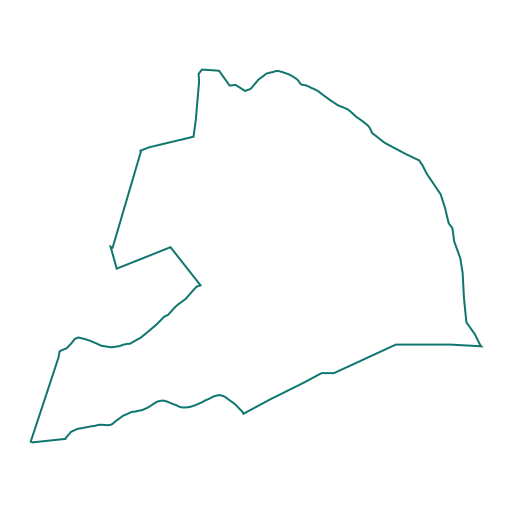 La Pansee, Castries, Saint Lucia (Equal Earth projection)
{"feature_id": "8701671B22615930928090", "entity_name": "La Pansee", "entity_type": "district", "adm_level": 2, "iso_a3": "LCA", "parent_name": "Saint Lucia", "parent_adm1": "Castries", "projection": "equal_earth", "projection_center": [-60.983, 14.014], "detail": "fine", "context": "isolated", "style": "outline", "palette": "teal", "viewbox_px": 512, "rotation_deg": 0, "n_neighbors": 0, "source": "geoboundaries", "source_scale": "gbopen_adm2", "svg_char_len": 2462}
<svg xmlns="http://www.w3.org/2000/svg" viewBox="0 0 512 512"><path d="M481.3,346.3L480.4,345.4L474.8,334.2L466.4,322.3L464.0,298.4L462.6,272.7L460.3,258.3L454.2,241.4L452.4,228.2L448.7,223.2L444.9,207.5L440.7,194.4L426.7,173.7L422.6,165.5L419.3,160.5L406.1,154.2L384.6,142.8L371.9,132.8L371.6,131.6L371.1,130.6L370.4,129.1L369.8,128.1L369.0,126.8L367.6,125.3L365.8,123.8L363.8,122.2L362.2,121.0L360.6,119.8L358.8,118.5L356.6,117.1L355.2,115.9L353.5,114.2L351.6,112.5L349.7,110.9L347.4,109.2L344.6,108.0L341.0,106.5L338.3,105.5L334.9,103.3L333.5,102.3L331.9,101.3L330.1,100.1L328.5,98.9L326.5,97.4L324.7,96.2L323.5,95.3L321.7,93.9L319.5,92.2L318.5,91.4L316.5,90.3L313.2,88.6L312.2,88.3L310.8,87.6L309.3,86.8L307.7,86.1L305.9,85.4L305.1,85.2L303.0,84.9L301.2,84.5L300.1,83.2L299.1,81.8L297.8,80.1L296.5,78.9L294.4,77.5L292.7,76.4L291.9,76.0L289.2,74.5L287.3,73.8L286.2,73.4L284.5,72.9L283.2,72.3L281.3,71.8L278.1,70.9L275.3,71.2L272.9,72.1L270.6,72.5L266.5,73.6L258.6,79.5L250.6,88.9L245.1,91.0L235.6,84.9L229.6,85.6L219.1,70.8L211.8,70.2L201.9,69.6L198.6,74.0L199.1,81.5L195.8,120.0L193.5,136.7L149.5,147.2L139.6,151.0L141.1,150.9L112.6,247.7L110.6,246.7L116.7,268.6L170.5,247.2L200.5,285.3L196.4,286.8L194.2,289.3L192.3,291.3L185.7,298.9L178.4,304.2L175.0,307.2L168.1,314.8L164.0,316.8L157.2,323.9L147.1,332.5L140.5,337.8L136.8,339.8L129.8,343.8L127.6,343.8L122.9,344.8L119.5,346.1L111.5,347.3L101.5,345.8L97.2,343.8L90.7,341.0L85.1,339.1L78.3,337.5L74.8,338.9L71.2,343.5L66.6,348.3L61.5,350.4L59.6,351.3L58.4,357.8L47.6,390.6L30.7,441.6L32.3,442.4L66.3,438.8L65.5,438.5L66.8,436.8L68.7,434.6L69.4,433.8L71.1,431.8L73.7,430.6L75.1,429.9L77.4,429.0L78.1,428.7L81.5,428.2L82.6,428.0L85.5,427.4L88.0,427.0L90.0,426.5L92.8,426.1L94.9,425.9L96.9,425.3L99.1,424.8L102.2,424.8L105.9,425.1L108.3,425.2L110.6,424.8L112.2,424.1L113.7,422.9L116.3,420.6L120.0,418.1L122.9,415.8L127.3,414.0L129.3,413.0L132.1,411.8L134.5,411.7L138.1,410.9L142.7,409.9L144.6,409.0L147.6,407.7L151.8,405.0L154.2,403.4L157.3,401.6L160.5,400.8L163.6,400.6L166.9,401.5L170.2,402.9L173.7,404.3L176.6,405.3L179.2,406.7L182.5,407.5L187.1,407.4L190.4,406.8L193.6,405.8L196.5,404.7L202.6,402.0L204.8,400.6L208.9,398.9L213.0,396.7L215.7,395.8L217.9,395.3L219.7,395.1L223.5,396.1L225.6,397.3L229.3,400.1L233.2,402.8L235.8,404.9L238.2,407.5L242.7,412.1L243.4,413.8L270.3,399.3L303.9,382.6L321.6,373.1L334.0,373.1L395.8,344.6L450.6,344.6L481.3,346.3Z" fill="none" stroke="#0f766e" stroke-width="2"/></svg>